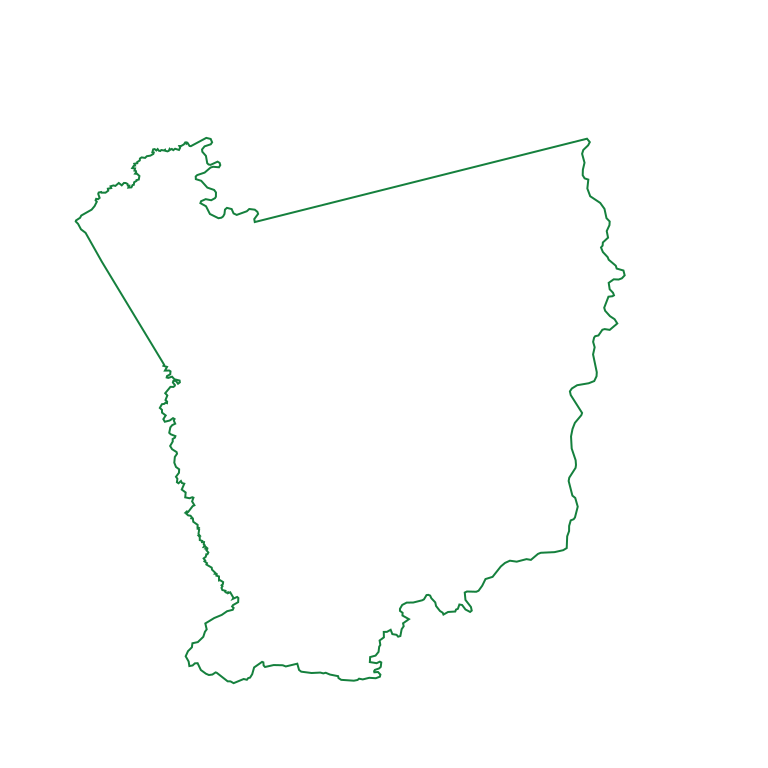 the district of La Macarena, Meta, Colombia, rotated 256°
{"feature_id": "7082276B91744588018589", "entity_name": "La Macarena", "entity_type": "district", "adm_level": 2, "iso_a3": "COL", "parent_name": "Colombia", "parent_adm1": "Meta", "projection": "natural_earth1", "projection_center": [-73.869, 2.122], "detail": "fine", "context": "isolated", "style": "outline", "palette": "green", "viewbox_px": 768, "rotation_deg": 256, "n_neighbors": 0, "source": "geoboundaries", "source_scale": "gbopen_adm2", "svg_char_len": 6166}
<svg xmlns="http://www.w3.org/2000/svg" viewBox="0 0 768 768"><g transform="rotate(256 384 384)"><path d="M167.8,125.7L162.0,127.3L157.4,126.9L157.2,130.2L158.7,132.9L158.2,135.6L150.8,137.1L146.0,141.1L144.0,143.7L143.6,147.2L144.9,150.8L144.3,151.8L133.3,160.4L132.6,163.1L130.1,165.7L131.7,176.5L130.2,179.4L131.5,181.1L131.5,183.0L134.3,185.9L140.4,189.4L143.9,198.5L143.1,199.6L140.0,199.1L138.2,200.1L138.0,208.9L135.6,217.7L133.7,220.4L133.6,232.2L127.1,232.4L124.9,234.1L121.1,243.8L119.4,252.4L117.9,255.1L117.9,257.6L115.2,261.2L111.6,268.8L109.7,268.7L107.3,270.9L103.4,283.0L103.2,286.7L104.1,288.5L102.5,291.9L102.5,298.6L100.5,304.8L101.0,309.2L102.9,310.2L106.0,308.5L106.6,304.9L107.7,304.9L108.8,306.0L109.2,310.4L110.3,312.4L114.5,314.0L115.6,312.8L114.9,309.3L117.6,303.0L122.4,304.5L122.5,310.1L125.4,313.9L130.3,315.8L131.7,317.3L136.2,317.7L138.2,322.6L143.5,323.8L142.8,326.9L143.9,331.0L139.3,331.6L137.6,335.5L135.4,336.6L135.5,338.9L141.8,341.8L144.2,344.5L147.2,344.6L149.8,351.3L154.9,345.9L157.5,346.7L160.0,344.6L162.0,345.1L165.2,348.2L166.4,353.1L164.9,359.5L164.9,368.8L165.4,370.7L168.9,374.2L168.7,376.0L167.5,377.6L164.7,378.1L159.7,380.9L156.0,380.8L150.2,383.4L147.9,385.6L145.9,385.9L147.3,391.0L146.0,398.1L147.7,399.3L148.0,401.3L151.8,403.8L150.7,406.3L145.5,408.5L142.0,412.4L142.9,414.3L146.6,414.4L154.8,410.8L162.1,411.9L162.6,414.3L160.1,423.2L160.5,425.7L164.5,430.5L170.2,435.3L170.6,442.7L178.7,453.2L181.1,458.1L182.1,463.4L179.5,469.8L179.6,479.9L177.8,484.0L181.9,492.3L182.3,495.3L179.6,508.8L179.4,517.7L180.6,521.6L191.9,524.9L196.5,528.0L201.5,529.3L206.5,532.2L206.9,535.3L208.3,537.0L218.1,542.3L227.2,542.0L230.1,539.8L245.2,539.7L248.3,541.1L256.3,549.6L259.0,550.7L263.6,551.5L276.0,550.5L287.9,552.8L294.7,556.0L300.1,559.8L306.0,567.9L308.0,569.2L328.1,562.5L331.9,562.6L334.2,565.2L336.1,571.1L335.2,582.8L336.0,588.7L340.1,592.1L343.9,593.3L362.1,594.0L368.7,597.3L374.3,597.1L378.2,599.1L379.3,600.5L379.2,603.8L383.8,609.0L383.9,611.4L381.9,616.1L386.3,625.0L391.1,623.4L395.1,619.7L401.5,616.3L404.7,616.1L414.4,622.9L413.9,626.9L414.4,628.6L417.1,628.3L421.3,625.9L427.8,626.5L430.0,632.2L428.6,636.9L429.0,640.4L431.2,643.8L436.2,643.8L439.7,637.7L442.7,637.5L450.2,632.1L453.0,631.7L459.1,628.3L464.0,627.6L465.4,629.6L468.4,630.6L471.8,636.8L478.5,637.1L483.6,641.2L487.1,642.3L491.1,640.0L500.6,640.3L507.4,637.6L516.3,629.5L524.5,628.6L532.9,631.7L535.0,628.4L538.5,627.3L543.8,628.8L550.2,632.1L559.4,631.9L562.9,634.0L566.2,639.8L568.9,642.2L572.9,640.3L572.4,297.8L575.4,298.0L579.5,303.0L581.7,302.8L584.4,300.8L586.4,295.6L584.8,292.7L583.7,282.0L585.9,279.3L590.6,278.5L592.9,274.2L591.7,271.9L587.5,270.3L585.5,268.4L584.7,266.5L584.9,263.5L591.1,256.2L599.5,254.3L603.9,249.6L605.6,250.7L606.5,255.7L604.1,260.8L605.2,265.0L606.4,266.2L610.5,267.3L613.4,266.1L617.3,260.1L625.4,255.8L628.3,251.0L630.9,251.5L631.9,253.3L632.5,261.1L636.0,268.1L636.1,270.8L634.2,276.3L636.0,278.1L638.3,278.0L640.0,276.3L638.6,268.8L639.4,266.9L641.0,265.9L648.4,266.4L653.3,263.9L655.6,264.2L658.0,267.4L658.5,273.9L660.1,275.7L663.7,275.1L665.8,271.1L661.5,254.1L662.0,252.9L665.5,251.7L665.0,250.5L666.3,250.5L666.5,249.6L664.9,247.8L664.0,244.7L664.4,243.0L662.6,243.4L660.7,241.7L662.8,238.2L661.9,236.1L663.4,235.0L663.0,233.5L664.0,232.9L662.3,231.6L662.1,230.2L663.2,228.2L664.2,228.2L663.8,227.1L664.9,224.5L664.2,223.3L664.8,222.0L666.7,221.2L665.7,219.6L667.4,218.3L667.5,216.8L664.9,215.3L664.3,216.6L663.0,215.8L662.1,212.5L662.4,209.0L661.2,206.9L662.5,203.6L661.8,201.7L660.0,201.1L659.0,198.2L657.9,198.0L658.1,195.0L656.2,195.3L656.2,193.9L654.4,192.0L653.4,194.6L651.4,193.5L650.9,194.7L649.5,194.8L648.3,193.4L647.6,195.3L645.0,197.0L641.7,195.5L641.7,193.2L640.9,192.9L640.2,190.4L637.8,189.4L637.9,188.2L635.9,186.5L636.4,183.5L638.1,184.8L638.6,183.4L640.2,183.5L641.5,182.0L642.0,180.3L640.2,177.6L643.2,175.3L641.2,171.3L642.1,169.5L642.0,166.5L640.1,166.7L640.3,163.3L638.3,163.2L637.0,160.1L638.0,156.1L638.7,156.0L638.8,153.5L637.6,152.7L633.4,153.1L632.5,151.3L633.3,149.5L632.0,148.6L630.3,149.4L626.6,146.2L623.9,142.5L620.7,131.0L618.8,129.3L617.2,124.7L616.3,124.2L613.4,125.9L607.4,127.4L602.9,131.0L570.9,139.8L459.6,174.2L455.9,175.3L455.0,174.4L453.1,177.6L450.0,174.7L449.0,178.9L447.9,179.9L445.1,178.9L444.2,175.4L442.9,174.7L442.1,176.1L442.4,180.1L439.3,181.8L436.8,186.5L435.0,186.3L434.1,184.2L437.4,182.8L438.0,180.4L436.5,179.5L433.5,180.9L432.7,180.3L432.1,179.0L432.9,176.1L428.0,169.5L425.3,171.0L421.3,168.1L419.4,169.3L417.9,168.8L418.7,167.4L417.9,166.1L418.1,163.6L415.0,160.7L412.7,162.3L409.9,161.7L406.3,164.6L403.3,161.4L400.4,162.2L400.4,167.2L401.9,171.0L400.7,172.3L399.3,171.2L396.0,171.8L395.3,168.5L393.6,166.2L388.6,163.8L386.8,164.9L383.9,169.0L382.6,168.2L381.7,165.6L379.3,165.1L375.6,161.5L372.0,162.6L368.1,166.3L366.4,166.3L363.8,163.4L358.4,161.5L353.8,162.1L350.8,164.6L347.5,163.6L344.3,159.7L342.0,160.6L338.8,159.3L337.4,160.6L339.0,163.5L336.8,164.0L335.6,166.1L330.5,162.2L326.7,165.3L322.1,163.7L320.2,167.6L320.5,170.6L319.8,171.6L316.5,169.4L312.2,170.7L311.8,168.8L307.2,163.0L308.1,161.9L307.1,160.2L306.3,161.4L305.8,160.9L303.9,162.2L303.0,164.4L301.0,165.3L300.3,164.6L299.7,166.0L296.5,165.6L292.4,169.1L290.1,168.4L289.3,169.4L288.6,168.3L287.7,169.5L283.3,167.7L281.4,168.6L281.5,167.5L280.1,168.2L277.1,167.5L275.7,169.7L274.6,169.2L274.1,171.1L272.0,170.3L271.0,171.0L269.6,169.7L269.5,171.3L267.8,172.5L267.3,171.1L266.5,172.4L265.7,171.5L263.0,172.8L261.5,171.5L261.8,170.4L259.5,169.3L258.4,166.8L255.9,167.8L255.4,166.9L253.0,168.9L251.8,168.0L247.5,172.4L245.5,172.2L241.1,174.9L240.7,174.1L239.9,175.7L238.6,175.0L237.2,177.3L233.3,176.4L233.3,177.5L230.7,180.0L228.9,179.3L228.0,177.7L226.9,178.4L225.5,177.0L223.2,177.3L221.7,180.1L220.9,179.6L219.6,180.6L219.6,182.2L218.8,182.1L219.1,184.4L212.9,186.2L212.1,185.4L212.9,190.0L211.6,190.9L207.6,189.7L206.0,184.0L204.9,182.8L203.1,183.9L201.5,182.6L201.5,176.8L199.2,170.7L198.0,162.7L194.9,152.7L188.8,152.6L186.9,150.3L182.4,147.5L178.6,140.9L178.8,135.4L175.0,133.9L172.2,129.2L167.8,125.7Z" fill="none" stroke="#15803d" stroke-width="2"/></g></svg>